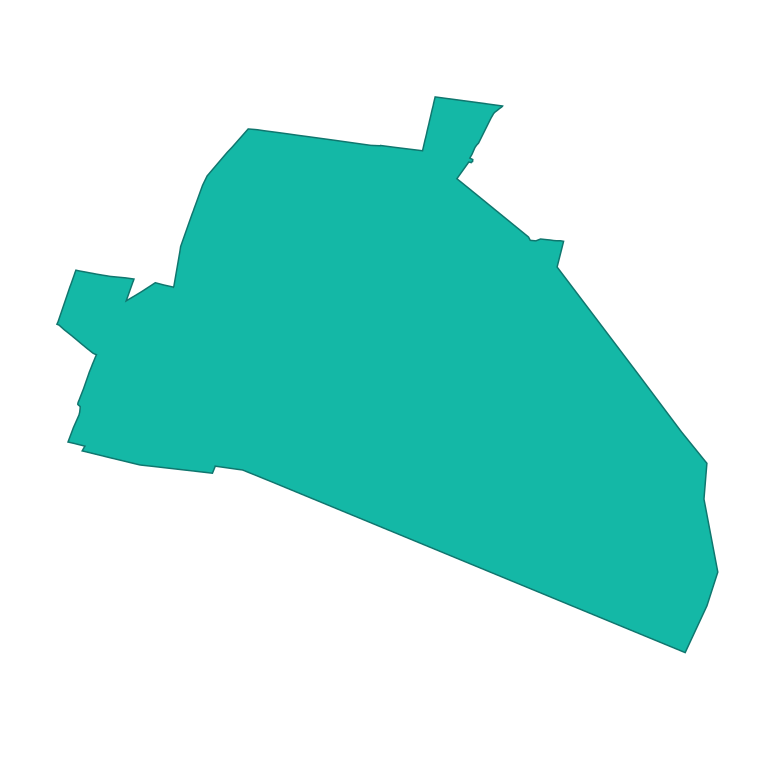 Santa María del Tule, Oaxaca, Mexico (Equal Earth projection), rotated 267°
{"feature_id": "50627088B60883552057189", "entity_name": "Santa María del Tule", "entity_type": "district", "adm_level": 2, "iso_a3": "MEX", "parent_name": "Mexico", "parent_adm1": "Oaxaca", "projection": "equal_earth", "projection_center": [-96.623, 17.031], "detail": "fine", "context": "isolated", "style": "filled", "palette": "teal", "viewbox_px": 768, "rotation_deg": 267, "n_neighbors": 0, "source": "geoboundaries", "source_scale": "gbopen_adm2", "svg_char_len": 2218}
<svg xmlns="http://www.w3.org/2000/svg" viewBox="0 0 768 768"><g transform="rotate(267 384 384)"><path d="M645.8,261.7L628.4,244.7L623.5,239.5L601.1,218.3L591.9,213.2L574.1,205.7L568.8,203.4L567.4,202.9L564.1,201.4L553.5,197.0L531.9,188.1L527.4,187.2L492.7,179.3L491.7,178.8L491.8,178.7L494.4,169.3L497.1,160.9L494.7,156.8L488.1,145.3L480.5,130.9L499.3,138.7L499.8,139.0L501.9,139.8L503.5,131.6L505.8,116.1L506.6,112.6L507.3,109.2L508.1,105.7L508.8,102.5L509.6,99.4L510.4,95.9L511.2,92.7L513.0,85.1L513.8,82.3L510.6,80.9L510.2,80.8L502.2,77.5L498.4,75.9L498.1,75.7L487.3,71.4L476.8,67.2L472.8,65.6L463.3,61.8L460.8,60.5L459.8,62.6L454.8,67.6L452.9,69.8L449.9,73.2L445.5,78.0L439.8,84.1L434.4,90.0L430.0,95.0L428.9,97.0L428.3,98.4L426.0,97.2L421.9,95.3L420.9,94.8L419.1,93.9L417.9,93.4L417.0,93.0L411.2,90.3L408.7,89.3L395.0,83.7L387.3,80.2L383.7,78.6L382.8,78.1L381.6,77.6L380.8,77.3L379.5,77.2L378.5,78.3L377.9,78.9L377.4,79.4L375.8,79.3L372.0,78.7L369.0,77.8L356.6,71.5L353.1,70.0L342.6,65.4L341.2,70.3L337.6,82.1L336.6,81.4L333.0,79.1L324.3,107.9L316.0,135.8L315.7,137.3L313.8,149.1L303.9,208.0L310.3,211.0L310.8,211.1L306.4,233.6L305.6,238.1L293.9,263.1L100.0,670.7L145.6,694.9L178.7,707.5L252.3,697.5L287.9,702.3L320.8,678.4L380.0,638.7L491.3,563.3L491.8,563.0L510.5,568.8L517.1,570.8L517.8,567.8L518.0,563.9L518.4,560.9L519.1,557.5L519.6,554.1L520.6,547.9L519.0,543.2L519.8,537.6L523.2,536.0L571.6,482.6L585.2,467.5L585.4,467.7L601.2,480.3L600.9,481.4L600.6,482.5L600.8,482.5L601.5,484.1L603.5,484.4L605.1,481.5L608.8,483.9L615.4,487.2L617.8,489.1L619.5,490.9L619.9,491.2L644.0,504.8L644.6,505.2L645.4,505.7L645.5,505.8L647.2,506.9L648.2,507.5L649.6,508.9L650.2,509.8L650.8,510.7L651.3,511.4L651.8,512.1L652.4,512.9L653.0,513.7L654.1,515.5L654.7,516.3L655.2,516.9L655.4,517.0L658.4,501.2L668.0,450.1L661.2,448.1L659.9,447.8L657.6,447.1L655.7,446.5L652.6,445.6L649.7,444.8L647.3,444.1L644.3,443.2L641.7,442.5L639.4,441.8L634.0,440.2L632.0,439.7L630.0,439.1L627.6,438.4L625.8,437.8L614.9,434.7L619.7,407.5L622.4,392.9L622.1,392.7L623.0,383.3L629.9,347.8L635.1,320.5L636.9,310.8L638.6,302.2L640.7,291.1L643.2,277.5L644.5,271.1L644.8,269.2L645.8,261.7Z" fill="#14b8a6" stroke="#0f766e" stroke-width="1.5"/></g></svg>